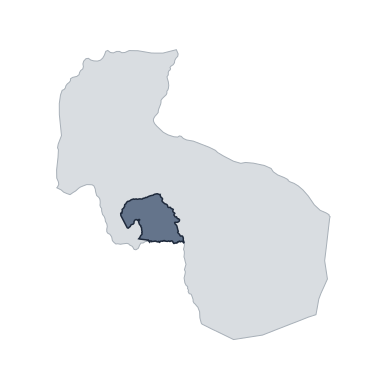 location of Concepción within Paraguay, rotated 172°
{"feature_id": "PRY-603", "entity_name": "Concepción", "entity_type": "Department", "adm_level": 1, "iso_a3": "PRY", "parent_name": "Paraguay", "parent_adm1": "", "projection": "robinson", "projection_center": [-57.042, -22.793], "detail": "fine", "context": "in_parent", "style": "filled", "palette": "slate", "viewbox_px": 384, "rotation_deg": 172, "n_neighbors": 0, "source": "natural_earth", "source_scale": "10m", "svg_char_len": 7860}
<svg xmlns="http://www.w3.org/2000/svg" viewBox="0 0 384 384"><g transform="rotate(172 192 192)"><path d="M201.1,72.4L201.8,75.1L202.2,77.1L203.3,78.6L204.4,80.5L205.4,81.6L206.1,83.4L205.9,85.5L206.4,88.2L206.9,90.5L207.4,91.1L208.9,91.7L209.7,93.8L209.2,94.9L209.4,96.1L209.9,97.3L209.4,98.4L209.7,99.3L210.7,100.1L211.7,103.0L211.8,108.0L210.7,110.7L209.9,112.9L209.7,114.2L210.3,116.1L209.3,118.4L208.0,121.2L208.3,123.2L208.5,125.0L208.6,126.9L209.0,128.8L208.5,130.7L208.1,132.4L207.9,134.4L208.4,136.5L207.5,138.6L207.0,140.1L206.8,141.5L207.7,143.8L210.1,144.8L212.0,145.1L213.8,143.8L215.2,143.5L217.7,144.6L220.0,146.5L222.9,146.8L225.6,147.1L227.6,147.7L230.5,147.0L233.5,147.7L237.1,148.8L240.1,149.8L243.0,149.5L245.2,149.4L247.5,148.3L249.7,148.5L251.4,146.5L252.3,144.8L253.2,143.6L255.6,142.6L257.3,143.2L258.6,146.4L261.1,148.2L262.0,149.5L263.8,150.2L267.7,150.3L270.1,150.2L272.8,151.1L274.6,151.1L276.2,152.8L277.6,154.9L277.8,158.7L279.2,161.6L281.0,162.7L281.9,164.5L281.6,167.0L280.7,169.6L280.8,172.4L281.8,174.9L281.8,177.5L282.4,180.0L283.7,182.2L284.1,185.8L283.8,188.3L284.7,189.8L285.0,191.8L284.5,193.5L284.2,195.8L284.3,197.9L285.0,199.6L286.9,201.8L287.4,205.7L287.4,208.4L288.2,211.5L289.8,213.0L292.3,213.5L295.2,214.0L298.8,213.2L301.9,212.4L303.7,211.5L307.1,209.2L310.2,207.9L311.8,207.0L313.2,206.4L316.2,207.9L319.1,209.7L321.3,212.3L325.3,215.0L324.5,215.7L322.9,218.0L322.9,220.7L324.0,224.6L323.0,232.7L319.8,245.2L318.4,252.4L319.0,254.5L317.8,258.1L313.4,266.0L313.2,271.2L312.6,287.0L311.1,298.1L308.7,306.4L306.4,310.8L304.4,311.3L303.0,312.6L302.1,314.7L300.5,316.4L298.1,317.8L296.8,319.3L296.6,321.0L294.3,322.1L290.0,322.5L287.5,323.9L286.7,326.0L285.3,327.8L283.1,329.0L282.1,331.2L282.2,334.1L281.0,336.7L278.4,338.8L276.0,338.8L273.9,336.8L271.0,335.5L267.3,334.8L264.3,335.3L261.8,337.0L259.7,339.7L257.8,343.3L255.7,343.9L253.4,341.5L250.5,340.7L247.0,341.7L244.2,341.3L242.1,339.7L238.9,339.5L234.5,340.8L225.8,339.4L212.6,335.2L201.4,333.6L187.7,335.1L186.5,330.7L187.2,328.4L189.4,326.6L190.8,324.6L191.4,322.4L192.9,320.7L195.4,319.5L196.5,318.3L196.1,317.1L196.6,316.0L198.1,315.1L198.9,313.7L199.1,311.7L199.6,310.7L200.6,309.9L200.7,308.6L200.1,304.3L200.2,300.8L200.9,298.1L201.7,296.4L202.3,296.0L202.9,295.1L203.1,293.4L204.0,291.9L208.4,288.7L210.0,287.0L210.1,285.5L210.8,283.4L213.4,278.8L214.2,276.7L214.3,275.7L215.2,274.6L218.3,272.0L220.0,269.7L220.3,267.5L219.5,264.9L217.7,262.1L212.1,255.1L207.8,251.9L202.2,249.2L198.5,248.4L196.7,249.3L194.9,248.6L193.1,246.2L190.1,244.3L183.6,242.2L168.9,234.0L163.0,230.0L161.1,227.5L155.6,223.1L146.6,216.7L139.7,213.6L134.9,213.8L127.1,212.0L116.5,208.1L110.4,204.3L108.7,200.7L104.8,197.0L98.6,193.4L95.3,191.0L95.1,189.8L93.3,188.3L89.8,186.4L86.0,183.3L81.9,178.7L77.4,171.8L72.7,162.3L67.6,156.0L62.2,152.7L59.5,150.5L59.5,149.4L58.7,148.4L59.4,146.6L61.3,139.4L64.0,129.0L66.8,118.2L70.2,105.5L70.1,96.5L70.0,87.0L74.9,79.2L78.4,73.7L81.3,68.4L84.3,59.3L86.3,53.3L94.2,51.9L107.4,48.7L114.0,47.2L127.9,43.9L142.1,40.5L157.0,40.3L171.4,40.1L182.5,47.6L191.1,53.3L200.4,59.7L201.1,61.0L201.7,66.3L201.1,72.4Z" fill="#d9dde1" stroke="#a8b0b8" stroke-width="1"/><path d="M207.2,142.8L207.5,143.1L207.8,143.7L208.2,144.2L209.3,144.6L209.6,144.6L210.2,144.3L210.4,144.3L210.7,144.4L211.1,145.0L211.3,145.1L211.7,145.0L212.2,144.5L212.5,144.6L212.8,144.6L213.1,144.6L213.4,144.4L213.4,144.1L213.4,143.9L213.5,143.8L213.9,143.9L214.1,143.9L214.7,143.6L215.1,143.7L215.5,143.8L216.2,143.8L216.5,143.7L216.8,143.6L217.0,143.5L217.3,143.7L217.8,145.1L218.2,145.9L218.6,146.3L219.1,146.5L219.9,146.4L220.2,146.2L220.3,146.1L220.5,146.1L220.9,146.1L221.1,146.2L221.8,146.8L223.1,146.5L223.3,146.5L224.0,146.7L224.3,146.8L224.8,146.9L225.8,147.7L226.0,147.7L226.2,147.4L226.4,147.5L226.9,147.8L227.3,147.8L227.4,147.6L227.5,147.4L228.0,147.3L229.4,147.7L230.1,147.6L230.8,146.9L231.3,146.7L231.4,146.9L231.5,147.4L231.7,147.6L232.0,147.7L232.4,147.4L232.7,147.4L233.2,147.5L234.1,147.9L234.4,148.0L234.5,148.3L235.2,148.5L235.4,148.6L235.6,148.6L235.8,148.5L236.2,148.4L237.2,148.5L237.7,148.4L238.5,148.7L238.8,148.7L239.2,148.5L239.2,149.0L239.3,149.2L239.6,149.1L239.9,149.2L240.4,149.5L240.8,149.5L241.1,148.5L241.5,149.1L241.8,150.0L241.9,150.5L242.6,150.6L243.1,150.4L243.3,150.8L250.0,152.6L251.3,153.1L251.2,153.2L250.5,153.7L250.3,153.8L248.9,155.9L248.7,156.1L247.7,156.8L247.5,157.0L247.4,157.2L247.3,157.4L247.3,157.7L247.4,158.5L247.4,158.8L247.3,159.0L247.0,159.2L246.9,159.4L246.9,159.7L247.1,160.4L247.1,160.6L247.0,161.3L247.1,162.0L247.1,162.4L247.0,162.8L247.0,163.1L246.9,163.5L247.0,163.8L247.1,164.1L247.4,164.5L247.5,164.8L247.5,165.0L247.4,165.6L247.4,165.8L247.6,166.0L247.8,166.1L247.9,166.3L248.1,166.5L248.4,167.0L248.7,167.7L248.9,169.2L249.1,169.9L249.1,170.3L248.9,170.5L248.2,171.0L247.8,171.5L247.7,172.0L247.8,172.1L248.1,172.1L248.5,172.1L249.1,172.1L249.3,172.0L249.4,171.9L249.7,171.7L249.8,171.6L250.0,171.6L250.2,171.8L250.5,172.1L250.7,172.3L250.9,172.4L251.1,172.5L251.3,172.5L251.5,172.5L251.7,172.4L252.3,172.1L252.6,172.0L252.8,171.9L253.1,171.3L253.5,170.8L253.6,170.6L253.6,170.4L253.7,169.7L253.8,169.5L253.9,169.2L254.0,169.0L254.2,168.8L254.4,168.6L254.6,168.5L254.8,168.4L256.4,168.1L256.6,168.1L256.9,167.9L257.1,167.8L257.2,167.6L257.4,167.3L257.8,166.7L258.0,166.4L258.3,166.2L258.7,166.1L258.8,166.0L259.0,165.9L259.8,165.3L259.9,165.2L260.1,165.1L260.4,165.2L260.9,165.4L261.1,165.6L261.2,165.8L265.7,178.5L265.7,179.1L265.6,180.4L265.6,180.7L265.5,180.8L265.4,181.0L265.1,181.0L264.9,181.0L264.6,180.8L264.4,180.8L264.2,181.1L264.2,181.3L264.2,181.5L264.3,181.9L264.2,182.0L263.9,182.2L263.8,182.3L263.7,182.5L263.6,182.9L263.6,183.1L263.6,183.4L263.7,183.9L263.7,184.2L263.6,184.4L263.5,184.6L262.3,185.3L262.0,185.5L261.9,185.6L261.7,185.9L261.6,186.2L261.4,186.4L261.1,186.6L260.9,186.8L260.8,187.0L260.7,187.1L260.7,187.3L260.6,188.2L260.5,188.6L260.4,188.8L260.2,189.0L259.2,189.5L258.8,190.0L258.5,190.5L258.1,190.8L257.7,191.3L256.9,191.7L256.7,191.7L256.3,191.7L256.0,191.6L254.7,192.0L253.3,192.8L253.1,192.9L252.8,192.9L252.3,192.9L251.3,193.2L250.9,193.2L250.6,193.2L250.4,192.9L250.1,192.8L249.7,192.8L248.9,192.9L248.5,192.9L248.1,192.9L247.4,192.4L247.1,192.4L246.6,192.4L244.8,192.5L243.2,192.1L242.4,192.0L242.1,192.0L241.9,192.1L241.7,192.3L241.5,192.5L241.2,192.6L240.2,192.5L239.8,192.6L239.4,192.7L238.8,193.0L238.6,193.1L238.3,193.1L238.1,193.0L237.9,192.9L237.5,192.9L237.3,192.9L237.1,193.0L236.8,193.2L236.6,193.3L235.2,193.8L232.9,194.2L231.5,194.2L231.1,194.2L230.9,194.3L230.4,194.6L229.7,194.9L229.4,194.9L229.1,195.0L227.0,195.1L226.8,195.1L226.4,195.0L226.3,194.9L225.4,194.5L225.3,194.4L225.1,194.3L224.7,194.1L223.9,194.0L224.1,193.6L224.1,193.4L223.9,193.0L223.7,191.9L223.7,191.6L223.6,191.4L223.2,191.0L222.9,190.6L222.4,190.1L222.2,189.7L222.1,189.2L222.2,188.9L222.4,188.7L222.6,188.2L222.8,187.8L222.9,187.6L222.8,186.8L222.7,186.6L222.2,186.0L221.9,185.8L221.1,184.7L220.8,184.4L220.6,184.2L219.4,183.6L218.8,183.2L218.3,182.6L218.1,182.0L218.1,181.3L218.0,180.7L217.8,180.2L217.2,179.9L215.9,179.9L215.4,179.7L215.2,179.0L214.9,178.6L213.5,177.8L213.0,177.4L213.7,175.9L213.6,175.1L213.1,174.5L212.1,173.5L212.0,173.1L212.3,172.8L212.8,172.5L213.0,172.1L213.1,171.6L212.9,171.3L212.6,170.8L212.4,170.2L212.1,169.7L211.8,169.6L211.1,169.6L210.8,169.5L210.6,169.0L210.4,168.2L210.2,167.8L210.0,167.6L209.2,167.4L208.9,167.3L208.2,166.1L208.6,165.0L209.7,164.3L211.1,164.0L212.5,164.3L213.2,164.3L213.5,163.9L213.3,163.1L213.0,162.5L212.2,161.5L211.7,160.4L211.3,156.2L211.1,155.4L211.0,155.0L211.2,154.7L211.8,154.1L211.7,153.7L210.2,151.7L209.9,150.5L209.6,150.1L209.0,149.9L208.2,149.9L207.7,149.7L207.4,149.3L207.2,148.4L207.0,147.6L207.4,145.3L207.1,144.7L206.9,143.1L207.2,142.8L207.2,142.8Z" fill="#64748b" stroke="#1e293b" stroke-width="1.5"/></g></svg>